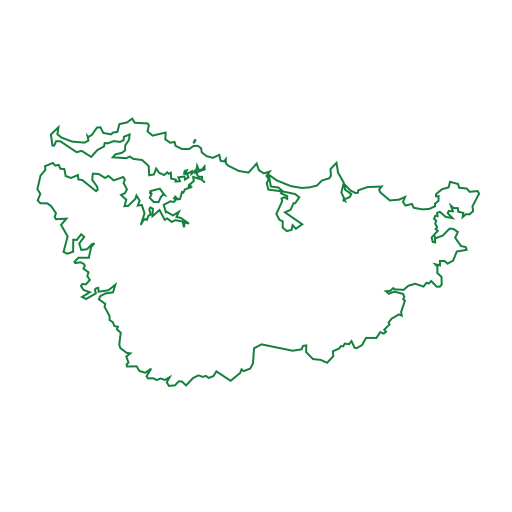 Northern Beaches, New South Wales, Australia (Albers equal-area conic projection), rotated 272°
{"feature_id": "25037944B81755283628627", "entity_name": "Northern Beaches", "entity_type": "district", "adm_level": 2, "iso_a3": "AUS", "parent_name": "Australia", "parent_adm1": "New South Wales", "projection": "albers", "projection_center": [151.285, -33.698], "detail": "fine", "context": "isolated", "style": "outline", "palette": "green", "viewbox_px": 512, "rotation_deg": 272, "n_neighbors": 0, "source": "geoboundaries", "source_scale": "gbopen_adm2", "svg_char_len": 6080}
<svg xmlns="http://www.w3.org/2000/svg" viewBox="0 0 512 512"><g transform="rotate(272 256 256)"><path d="M184.8,388.6L186.8,386.7L192.2,391.8L194.3,390.9L198.1,393.7L202.6,400.9L201.5,403.7L205.1,403.0L216.5,406.4L218.0,404.6L220.3,405.7L223.3,404.3L225.2,395.5L222.9,390.1L225.3,387.1L225.8,391.4L228.7,394.3L227.5,395.9L227.3,404.7L231.6,409.3L233.8,416.0L231.3,424.5L235.1,427.3L234.6,429.7L237.1,432.0L231.7,437.6L231.7,440.8L234.1,442.6L241.6,442.1L245.3,437.8L251.8,437.7L254.0,435.4L253.1,440.2L257.4,440.0L257.6,444.6L255.0,447.7L258.3,453.2L267.5,456.5L269.5,466.3L272.3,465.2L273.1,460.5L281.2,454.4L287.0,456.9L289.9,452.4L290.2,448.6L282.9,441.9L280.1,435.0L281.2,434.2L275.8,434.5L276.3,432.1L280.7,430.9L287.5,436.8L289.2,434.6L291.1,436.0L294.7,434.0L297.5,434.8L299.5,432.6L302.5,433.8L302.2,436.1L305.3,435.4L306.6,438.2L301.7,444.2L300.7,451.0L305.5,446.1L307.7,447.0L307.5,451.2L313.1,449.0L310.8,451.9L310.9,456.0L307.2,456.7L306.3,461.7L302.1,461.2L305.1,464.4L305.1,468.0L308.4,471.4L313.2,470.6L326.1,476.8L328.6,475.3L327.6,467.2L330.8,464.2L331.3,456.7L335.0,455.4L336.9,447.3L331.3,446.1L329.2,439.5L324.1,433.8L321.9,433.7L322.2,436.4L317.5,436.4L314.5,433.1L311.9,433.2L309.1,427.5L308.4,420.7L309.7,411.9L313.5,410.0L311.6,403.6L315.2,401.0L320.2,402.9L317.3,397.0L316.2,387.9L323.9,378.0L326.6,376.7L329.8,379.1L328.8,365.1L325.2,355.9L322.8,355.7L322.4,353.5L324.5,348.5L330.8,341.7L325.4,342.7L321.3,349.0L318.2,347.7L315.7,342.3L314.2,343.0L314.9,341.8L313.5,341.4L317.1,341.8L322.5,339.1L332.2,341.2L342.2,335.1L351.9,333.2L345.4,327.4L338.9,328.1L336.2,326.5L333.8,319.3L328.6,314.5L326.4,307.1L325.6,299.1L327.1,288.2L332.2,274.3L337.6,265.9L326.0,268.4L325.2,276.0L321.4,280.7L319.3,292.9L316.2,297.2L310.1,293.3L310.1,291.7L303.3,288.9L300.7,283.4L289.3,301.1L284.6,294.9L288.0,291.5L283.3,290.6L282.0,285.9L285.3,281.7L291.5,281.5L293.1,278.1L298.7,274.9L311.9,280.3L314.3,279.5L315.7,282.1L314.2,285.2L317.0,285.1L319.6,278.7L321.5,279.7L322.8,266.0L329.2,264.2L333.5,266.0L336.4,263.7L340.8,266.6L338.9,260.9L341.7,256.0L348.4,253.4L339.1,245.6L340.4,235.8L345.4,224.9L347.6,222.7L351.7,222.4L349.4,221.0L349.8,217.4L355.8,215.8L352.6,209.4L354.0,203.3L357.5,198.3L361.8,197.3L364.1,194.0L363.7,189.7L360.5,185.3L360.4,178.2L363.3,171.7L367.1,170.6L366.2,166.3L369.4,161.3L376.2,161.4L372.7,148.4L376.8,143.2L382.8,144.4L384.7,143.0L384.9,130.2L388.9,127.5L384.9,122.3L383.1,114.9L375.1,113.1L374.4,108.7L372.5,106.9L373.7,99.0L379.2,96.1L378.8,92.6L371.4,87.8L369.1,84.4L370.1,83.4L365.5,84.5L363.3,80.7L363.9,68.4L367.5,57.6L370.7,53.3L377.7,54.0L370.3,46.8L359.3,48.7L359.3,50.4L363.8,52.3L363.8,56.5L353.5,73.1L355.0,78.1L349.3,87.8L356.4,93.8L360.2,100.3L363.6,100.8L363.4,103.9L365.9,110.0L365.2,116.1L367.1,119.6L370.6,119.9L373.0,125.5L367.7,125.0L361.9,121.4L357.1,121.5L354.6,118.7L352.6,111.8L349.6,109.4L349.2,123.1L351.0,126.4L348.8,129.9L347.9,138.9L342.2,145.6L333.0,146.4L333.9,151.1L339.9,153.2L335.9,156.1L333.7,161.4L336.5,164.4L335.1,165.9L336.2,168.0L330.4,168.5L329.5,173.2L327.6,173.0L328.1,177.4L331.9,175.7L333.0,181.7L329.9,182.4L332.3,185.8L335.3,184.4L335.8,181.2L338.5,181.8L339.2,183.9L337.0,183.0L335.9,184.8L338.4,188.8L335.8,188.6L339.4,192.3L337.5,192.4L338.6,193.3L344.0,194.0L340.2,195.6L340.3,198.8L343.7,201.4L340.8,201.7L338.0,194.7L335.9,193.9L333.3,195.6L333.2,199.3L330.2,199.3L327.6,202.4L330.5,198.9L332.8,190.5L328.6,191.2L325.0,186.9L324.2,187.8L324.3,186.0L323.5,188.0L323.5,185.6L322.2,188.1L320.2,182.8L316.8,181.1L317.4,179.8L310.4,178.1L309.8,176.2L312.5,173.2L310.7,172.1L309.6,174.1L307.1,172.0L307.7,168.6L303.9,162.0L295.6,164.6L297.2,164.2L297.3,164.8L293.6,171.6L297.5,177.4L292.2,175.2L291.4,179.6L286.0,187.9L287.1,183.6L282.1,183.0L287.9,181.5L289.0,174.1L287.1,170.6L290.4,165.9L289.0,163.5L298.6,158.0L292.2,151.2L299.7,151.2L300.8,148.7L298.8,147.7L293.7,149.4L292.6,147.2L288.3,145.7L289.2,144.1L287.0,141.7L283.0,139.8L294.7,143.1L303.0,140.1L302.3,136.1L307.2,137.8L312.3,134.4L308.9,133.5L301.7,126.6L301.2,122.8L307.7,124.4L312.3,119.0L314.2,122.8L318.1,124.7L324.3,121.1L327.8,122.3L330.3,120.5L326.6,111.2L330.9,105.7L328.7,102.4L332.5,95.9L332.6,90.1L326.5,89.6L319.6,94.9L316.5,95.4L315.2,93.9L325.8,79.8L326.4,75.7L330.7,75.2L327.5,68.4L329.3,63.0L336.2,61.4L336.3,57.5L340.1,55.7L339.4,52.1L341.9,49.7L338.4,42.0L334.8,42.5L328.7,37.8L315.1,35.2L310.7,38.3L303.9,35.9L301.2,38.7L301.3,45.7L298.7,49.5L291.8,54.6L288.1,53.4L285.8,54.8L286.7,65.2L280.3,60.1L269.0,67.1L253.4,63.5L251.7,67.2L253.9,73.1L265.9,72.8L265.8,76.4L271.6,80.5L269.1,83.6L262.3,78.9L256.0,81.2L256.8,86.8L262.1,91.7L263.0,94.1L259.5,91.0L248.4,89.0L248.1,78.6L243.8,74.8L242.6,75.6L243.6,80.8L242.1,84.1L240.3,85.3L237.3,84.0L233.9,89.2L229.9,88.1L226.3,90.8L221.7,87.0L222.0,83.5L220.0,82.1L216.1,84.8L214.0,91.2L209.0,83.6L207.1,87.7L213.1,97.3L216.8,96.1L218.2,97.6L218.7,99.5L214.8,99.9L216.6,109.7L222.4,116.4L214.7,114.4L213.2,106.5L210.4,101.7L207.2,100.5L202.9,107.0L199.9,106.4L191.0,111.7L186.8,112.0L184.9,115.2L181.1,116.9L180.4,120.5L177.9,119.5L174.6,123.5L162.6,122.4L159.2,123.7L154.7,130.1L154.3,133.8L151.0,129.9L144.9,132.3L143.2,130.4L141.1,131.0L141.5,140.6L137.1,143.4L135.4,149.5L139.8,155.2L132.0,150.8L129.9,152.4L130.2,157.6L128.6,161.0L130.3,165.1L128.9,169.2L131.8,173.9L126.6,171.2L123.1,173.6L123.9,179.5L128.0,183.1L127.9,186.5L124.2,190.6L131.9,197.4L134.7,202.7L133.3,207.1L134.4,210.1L132.5,212.9L134.5,217.7L139.3,220.4L130.4,235.0L138.6,244.3L142.2,245.5L140.5,247.7L143.3,254.2L148.6,256.7L163.7,257.3L167.9,264.5L162.6,295.9L164.3,304.8L167.7,306.1L168.4,309.3L161.7,309.5L155.0,316.5L154.4,324.3L151.8,330.8L158.5,336.7L163.5,336.2L166.4,342.3L168.9,344.0L168.8,346.3L171.5,347.7L171.1,352.1L174.3,354.4L167.8,357.7L167.3,359.6L170.7,365.1L178.0,368.9L178.3,379.2L184.3,382.9L182.9,386.3L184.8,388.6ZM306.4,151.9L306.4,156.7L311.7,158.9L314.2,161.1L313.7,162.5L319.9,157.5L317.2,148.2L314.3,147.9L315.6,148.7L314.6,149.5L310.4,147.8L306.4,151.9ZM366.4,189.5L369.0,191.3L370.5,191.2L366.4,189.5Z" fill="none" stroke="#15803d" stroke-width="2"/></g></svg>